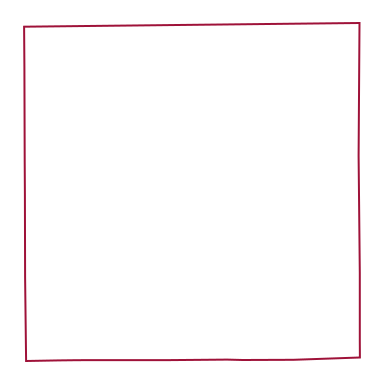 outline of Hamilton, Indiana, United States of America
{"feature_id": "52423323B17191131032036", "entity_name": "Hamilton", "entity_type": "district", "adm_level": 2, "iso_a3": "USA", "parent_name": "United States of America", "parent_adm1": "Indiana", "projection": "albers", "projection_center": [-86.076, 40.073], "detail": "fine", "context": "isolated", "style": "outline", "palette": "rose", "viewbox_px": 384, "rotation_deg": 0, "n_neighbors": 0, "source": "geoboundaries", "source_scale": "gbopen_adm2", "svg_char_len": 352}
<svg xmlns="http://www.w3.org/2000/svg" viewBox="0 0 384 384"><path d="M24.1,26.7L24.4,67.1L24.7,160.5L24.9,194.0L25.1,277.1L26.1,361.0L58.7,360.4L75.4,360.2L92.2,360.1L170.8,360.1L227.1,359.6L242.6,360.0L293.4,359.8L359.9,357.5L359.8,340.6L359.8,272.9L358.6,155.8L359.5,23.0L294.7,23.7L24.1,26.7Z" fill="none" stroke="#9f1239" stroke-width="2"/></svg>